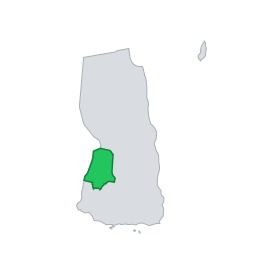 Khab wa Ash Sha'f, Al Jawf, Yemen shown in context, rotated 283°
{"feature_id": "15242507B11673803403546", "entity_name": "Khab wa Ash Sha'f", "entity_type": "district", "adm_level": 2, "iso_a3": "YEM", "parent_name": "Yemen", "parent_adm1": "Al Jawf", "projection": "mercator", "projection_center": [45.303, 16.593], "detail": "fine", "context": "in_parent", "style": "filled", "palette": "green", "viewbox_px": 256, "rotation_deg": 283, "n_neighbors": 0, "source": "geoboundaries", "source_scale": "gbopen_adm2", "svg_char_len": 5259}
<svg xmlns="http://www.w3.org/2000/svg" viewBox="0 0 256 256"><g transform="rotate(283 128 128)"><path d="M205.7,110.9L197.1,114.1L194.8,115.5L192.7,117.2L191.2,119.4L190.1,123.2L190.9,126.7L190.9,128.5L188.6,129.8L186.6,130.6L184.3,132.0L182.9,132.3L181.7,133.4L180.4,134.2L175.6,136.1L170.4,137.6L162.0,139.4L158.8,141.4L155.9,142.7L151.5,143.1L145.4,145.0L142.0,146.5L137.8,148.9L136.8,149.7L136.1,151.5L134.8,153.0L132.3,155.5L130.4,156.8L129.1,156.9L126.6,157.6L123.7,157.8L118.8,156.9L117.5,157.5L116.5,158.5L112.7,160.2L108.9,163.7L106.1,164.6L101.5,165.7L98.3,167.1L96.2,167.7L93.4,168.0L88.3,167.8L83.5,168.3L79.0,169.3L76.9,171.2L74.5,174.1L70.6,175.3L69.7,176.3L68.5,178.5L66.0,179.0L63.7,179.4L61.3,178.4L56.9,181.0L55.2,181.5L52.7,181.6L50.9,182.1L49.6,181.9L48.0,180.9L44.6,179.7L42.0,180.5L41.8,178.1L37.7,170.6L38.6,164.0L38.6,163.1L37.7,160.2L35.3,157.5L35.3,154.1L34.5,151.7L33.8,149.2L34.1,148.6L34.1,148.0L32.8,144.1L32.4,143.3L32.3,142.5L32.7,141.9L32.7,141.2L32.0,140.0L31.3,137.8L27.9,136.0L28.6,134.3L29.2,134.9L30.1,135.4L30.3,134.3L30.3,133.5L28.9,128.5L31.0,121.8L30.3,115.8L33.5,113.4L34.3,112.6L34.8,112.0L35.5,110.6L36.6,110.2L36.9,108.7L36.9,108.0L36.2,107.4L35.7,105.7L35.9,103.5L36.1,102.6L36.4,101.0L37.5,100.4L37.8,99.9L36.9,98.8L37.0,98.2L38.9,96.5L39.6,96.0L40.9,95.4L41.8,95.4L42.9,95.7L43.9,96.2L44.9,97.1L45.9,98.1L47.4,98.5L48.5,98.4L49.4,98.8L50.1,98.6L50.9,98.1L52.2,98.1L53.4,97.5L56.8,97.2L60.1,97.4L63.5,96.9L66.9,97.0L70.4,97.0L71.1,97.1L71.9,97.4L74.8,98.9L77.0,99.3L81.4,99.7L86.1,100.1L90.2,100.5L93.6,100.1L96.5,99.8L97.3,99.9L98.1,100.9L99.9,103.2L101.5,105.5L104.4,105.6L106.2,104.7L108.2,103.6L109.4,102.6L110.9,99.0L111.8,96.6L113.9,94.0L115.7,91.8L118.0,88.8L119.3,87.2L121.9,84.0L124.3,82.7L129.1,80.3L133.7,77.9L136.7,76.3L139.3,75.6L143.6,75.0L148.7,74.3L153.7,73.6L159.1,72.8L165.1,71.9L169.2,71.4L174.5,70.6L178.9,70.0L182.8,69.4L186.8,68.9L187.5,70.7L188.3,72.5L189.0,74.3L189.8,76.1L190.5,77.9L191.3,79.6L192.0,81.4L192.8,83.2L193.6,85.0L194.3,86.8L195.1,88.6L195.8,90.4L196.6,92.2L197.3,94.0L198.1,95.8L198.8,97.5L199.6,99.3L200.8,99.9L201.5,101.5L202.6,103.9L203.6,106.2L204.6,108.6L205.7,110.9ZM217.2,181.6L218.3,181.8L219.8,181.2L224.4,181.1L229.9,183.1L228.9,183.6L228.3,184.3L225.9,184.9L223.4,186.4L216.4,187.1L214.4,186.7L212.7,185.3L209.6,183.4L210.8,182.2L211.1,181.7L211.5,181.1L213.3,180.2L215.1,180.4L217.2,181.6ZM30.1,158.2L29.9,158.6L29.6,158.5L28.5,157.6L29.7,156.5L30.3,157.5L30.1,158.2ZM26.8,134.7L26.2,135.1L26.1,134.5L26.4,132.9L27.0,132.5L27.3,133.6L27.1,134.2L26.8,134.7ZM29.6,162.9L28.4,163.4L29.2,162.0L30.0,161.8L29.6,162.9Z" fill="#d9dde1" stroke="#a8b0b8" stroke-width="1"/><path d="M102.0,105.5L101.9,105.5L101.7,105.2L101.4,104.8L101.2,104.5L100.9,104.0L100.6,103.7L100.3,103.3L100.1,102.9L99.8,102.6L99.5,102.2L99.3,101.8L99.0,101.4L98.7,101.1L98.5,100.7L98.2,100.3L97.9,100.0L97.7,99.6L97.2,99.6L96.8,99.7L96.4,99.7L96.0,99.8L95.6,99.9L95.2,99.9L94.8,100.0L94.4,100.0L94.0,100.1L93.6,100.1L93.2,100.2L92.8,100.3L92.3,100.3L91.9,100.4L91.5,100.4L91.1,100.5L90.7,100.4L90.2,100.4L89.8,100.4L89.3,100.4L88.9,100.3L88.4,100.3L87.9,100.3L87.5,100.2L87.0,100.2L86.6,100.2L86.1,100.1L85.7,100.1L85.2,100.0L84.7,99.9L84.3,99.9L83.8,99.8L83.4,99.8L82.9,99.7L82.4,99.7L82.0,99.6L81.5,99.5L81.1,99.5L80.6,99.4L80.2,99.4L79.7,99.3L79.2,99.3L78.8,99.2L78.3,99.1L77.8,99.1L77.4,99.0L76.9,99.0L76.5,98.9L76.0,98.9L75.6,98.8L75.1,98.7L74.6,98.7L74.3,98.5L73.9,98.2L73.5,98.0L73.1,97.8L72.7,97.6L72.3,97.4L71.9,97.1L71.5,96.9L71.1,96.9L70.6,96.9L70.2,96.9L69.8,96.9L69.3,96.9L68.9,96.9L68.4,96.9L68.0,96.9L67.6,96.9L67.3,96.9L67.1,96.9L67.0,97.9L67.0,100.5L67.0,102.4L67.0,103.7L67.0,105.6L65.9,105.5L65.6,105.7L65.3,105.7L65.3,105.8L65.2,106.0L65.0,106.3L64.9,106.3L64.7,106.3L64.4,106.5L64.1,106.6L63.9,106.7L63.7,106.7L63.4,106.8L63.2,106.9L63.0,107.0L62.9,107.1L62.7,107.2L62.5,107.3L62.4,107.3L62.2,107.3L62.2,107.2L62.0,107.3L61.9,107.3L61.7,107.5L61.5,107.8L61.4,107.9L61.3,108.0L61.2,108.0L60.8,108.2L60.9,108.3L61.1,108.3L61.3,108.4L61.6,108.5L61.8,108.6L62.0,109.1L62.0,109.4L62.0,110.3L62.1,110.7L62.1,110.8L62.2,111.0L62.4,111.4L62.4,111.5L62.5,111.8L62.6,112.2L62.6,112.5L62.6,112.9L62.5,113.0L62.4,113.1L61.7,114.3L61.5,114.6L61.8,114.8L62.0,114.8L62.3,114.9L62.5,115.0L62.8,115.3L63.0,115.5L63.3,115.6L63.5,115.6L63.8,115.6L64.0,115.6L64.3,115.7L64.5,115.7L64.6,115.8L64.8,115.8L65.0,115.9L65.2,116.0L65.3,116.0L65.5,116.1L65.8,116.3L66.0,116.5L66.3,116.8L66.5,117.0L66.8,117.2L67.0,117.3L67.3,117.3L67.5,117.3L67.8,117.3L68.2,117.3L68.5,118.2L68.6,118.3L68.6,119.0L69.1,119.2L69.4,119.3L70.0,119.5L70.3,119.9L70.4,120.0L70.6,120.1L71.0,120.5L71.3,120.8L71.5,121.4L71.7,121.7L71.7,121.9L71.9,122.6L72.1,126.8L72.7,126.8L75.0,126.8L75.6,126.8L75.8,126.8L76.0,126.8L76.1,126.7L76.3,126.6L76.6,126.3L76.8,126.1L77.2,125.7L77.5,125.2L77.9,124.5L78.5,124.0L78.6,123.8L78.9,123.6L79.3,123.3L79.7,123.1L79.9,123.0L80.0,122.9L80.3,122.8L80.4,122.7L80.7,122.6L80.9,122.5L81.2,122.4L81.5,122.3L81.8,122.2L82.3,122.1L82.6,122.1L84.1,121.8L84.9,121.7L89.8,120.9L92.5,120.4L98.7,119.5L99.2,118.9L102.0,115.8L102.0,112.5L102.0,110.4L102.0,109.3L102.0,108.3L102.0,107.7L102.0,106.8L102.0,106.0L102.0,105.6L102.0,105.5Z" fill="#22c55e" stroke="#15803d" stroke-width="1.5"/></g></svg>